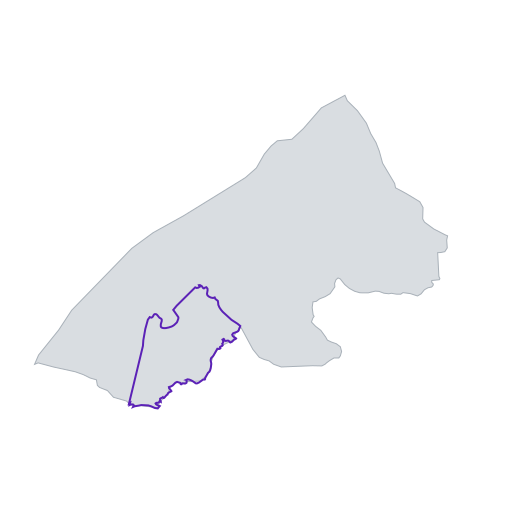 Grand Gedeh on a map of Liberia (Albers equal-area conic projection), rotated 106°
{"feature_id": "LBR-793", "entity_name": "Grand Gedeh", "entity_type": "County", "adm_level": 1, "iso_a3": "LBR", "parent_name": "Liberia", "parent_adm1": "", "projection": "albers", "projection_center": [-8.193, 5.975], "detail": "fine", "context": "in_parent", "style": "outline", "palette": "violet", "viewbox_px": 512, "rotation_deg": 106, "n_neighbors": 0, "source": "natural_earth", "source_scale": "10m", "svg_char_len": 4545}
<svg xmlns="http://www.w3.org/2000/svg" viewBox="0 0 512 512"><g transform="rotate(106 256 256)"><path d="M77.0,214.8L81.6,211.0L88.4,198.5L97.9,186.5L106.8,179.4L113.8,172.0L121.2,166.4L131.9,159.9L148.1,142.7L152.0,140.7L154.6,128.7L158.7,113.5L163.4,108.8L174.4,106.0L177.0,103.4L181.0,92.6L183.5,80.1L183.8,77.4L188.1,77.1L195.5,74.4L199.8,75.7L201.7,79.3L202.7,82.3L225.2,74.6L227.1,73.0L228.3,73.3L231.1,80.3L232.8,79.9L234.1,77.8L235.6,77.7L237.4,78.6L239.1,81.9L242.0,84.8L246.9,86.9L249.9,89.8L249.6,97.3L250.7,104.6L252.8,106.3L254.0,110.7L254.5,115.5L255.7,118.0L256.5,122.8L256.1,128.0L256.9,131.7L260.5,138.0L262.7,145.9L262.7,151.5L261.4,157.4L259.0,162.8L254.8,168.7L254.5,171.1L256.9,172.6L260.7,172.9L263.9,171.7L271.8,174.4L276.0,178.3L279.7,183.1L283.0,185.6L284.4,188.6L290.1,187.8L296.7,184.9L298.0,183.5L300.0,184.2L304.2,184.5L307.2,179.3L309.6,173.2L314.7,166.7L317.2,164.2L317.9,160.0L318.2,154.6L320.0,149.9L324.2,147.4L328.7,147.4L331.2,148.3L332.5,152.9L336.1,156.3L339.2,158.7L340.9,159.7L343.5,162.4L345.9,171.5L355.7,201.1L355.2,209.2L353.2,214.5L353.2,219.7L352.5,224.9L346.6,233.3L329.0,250.5L330.4,252.1L334.5,254.0L338.8,255.0L342.3,254.5L346.7,258.8L351.5,264.2L356.5,267.1L363.7,269.5L370.0,269.8L375.4,268.9L383.0,269.9L391.1,274.4L394.0,281.8L395.9,288.3L398.7,291.5L399.1,297.1L404.9,302.0L413.1,303.0L423.7,308.7L426.4,308.4L427.6,307.7L428.9,308.8L431.6,325.4L433.7,334.2L432.6,337.7L431.1,340.5L431.1,354.0L426.3,361.7L425.5,370.1L424.1,372.8L419.0,375.3L419.0,381.8L417.6,389.6L417.1,397.9L418.5,419.7L418.8,436.0L421.2,439.0L411.1,437.7L381.6,425.3L358.9,418.2L282.9,377.5L261.8,361.2L237.5,336.9L183.6,287.8L171.3,279.9L155.7,276.1L146.1,271.8L139.4,267.3L133.9,253.7L120.5,245.6L95.6,234.0L77.0,214.8Z" fill="#d9dde1" stroke="#a8b0b8" stroke-width="1"/><path d="M327.7,251.8L329.1,251.9L330.0,252.1L332.1,252.1L333.1,252.4L334.0,253.2L336.6,256.7L338.2,257.2L339.3,256.3L340.0,254.7L340.4,253.1L340.8,252.4L341.4,252.7L342.4,254.0L345.1,255.5L346.2,256.8L346.1,257.3L345.5,257.9L345.0,259.3L345.2,260.1L346.0,261.7L346.1,262.4L345.7,263.2L344.9,263.6L344.6,264.2L345.6,265.2L346.6,264.3L347.6,263.9L348.7,263.9L349.6,264.3L350.8,263.4L351.7,263.7L352.5,264.7L353.4,265.5L353.8,265.5L354.1,265.1L354.5,264.8L355.1,265.2L355.6,265.9L355.7,266.6L355.7,267.2L355.8,267.6L356.6,267.8L363.3,269.4L364.3,269.8L365.3,270.3L365.9,270.7L366.6,271.0L368.0,271.0L369.2,270.7L371.1,269.6L372.2,269.2L376.2,268.6L378.6,268.6L380.1,268.9L381.5,269.9L387.1,271.2L387.5,271.3L387.9,271.1L388.3,271.0L388.9,271.2L389.0,271.5L389.2,272.5L389.5,272.9L393.4,276.0L394.8,277.7L395.0,278.9L393.8,282.2L393.4,284.1L393.2,286.0L393.4,287.8L394.4,289.0L394.4,288.6L395.3,288.2L396.3,287.9L397.1,287.9L398.0,288.7L398.3,289.5L398.6,291.5L398.9,291.8L399.3,292.0L399.8,292.2L400.0,292.7L399.8,293.2L399.0,293.6L398.8,294.0L398.8,296.5L398.8,297.2L400.0,298.6L403.4,300.4L404.5,301.4L406.0,303.6L407.2,303.0L408.3,301.2L409.2,300.1L409.8,300.5L410.7,301.6L412.0,302.7L413.6,302.9L413.7,303.2L415.5,304.2L415.7,304.3L417.6,305.1L418.0,305.7L417.3,306.6L418.0,307.1L419.2,308.6L419.8,308.9L420.8,308.4L421.9,307.5L422.5,307.3L422.2,308.7L423.6,309.0L424.2,310.1L424.6,311.3L425.4,311.9L426.1,311.2L426.5,309.7L426.8,307.2L429.6,308.4L430.0,311.4L429.4,315.1L429.3,318.3L430.9,325.2L432.1,327.4L433.9,331.2L435.0,332.6L433.2,332.3L432.6,333.3L433.0,335.0L434.2,336.5L432.5,336.6L431.9,336.6L432.8,337.4L373.6,339.9L368.0,341.1L356.6,342.3L347.0,342.4L344.0,341.3L344.1,340.3L344.1,340.0L344.1,339.7L343.9,339.4L343.6,339.0L343.2,338.7L342.0,338.3L340.6,338.0L340.3,337.8L339.9,337.5L339.6,336.7L339.5,336.3L339.5,335.9L339.6,335.5L339.7,335.2L340.1,334.5L341.9,331.9L342.0,331.6L342.1,331.3L342.3,330.4L342.4,330.1L342.5,329.8L342.7,329.5L343.0,329.2L343.3,329.0L343.6,328.9L344.3,328.8L344.7,328.7L347.5,328.7L348.2,328.6L349.7,328.2L350.0,328.0L350.3,327.8L350.5,327.6L350.7,327.3L350.8,327.0L350.8,326.7L350.9,325.7L350.8,325.1L350.5,323.8L350.0,322.5L348.7,320.1L347.0,317.6L345.8,316.4L344.8,315.6L342.1,314.0L341.4,313.7L340.6,313.6L337.9,313.4L337.0,313.5L336.4,313.7L336.1,313.9L330.6,320.7L325.6,318.5L302.9,305.8L303.1,304.2L302.4,302.8L301.1,301.6L299.8,302.8L299.4,301.9L299.9,299.9L301.5,297.8L301.5,297.1L300.4,296.2L299.7,295.1L300.8,293.6L302.3,293.1L305.9,292.7L307.2,291.8L308.0,290.1L308.4,287.9L308.2,285.7L307.2,284.3L308.5,283.2L309.6,280.4L310.9,279.7L313.3,278.8L315.6,276.9L317.5,274.6L318.9,272.5L324.1,262.0L326.2,255.1L327.6,251.8L327.7,251.8Z" fill="none" stroke="#5b21b6" stroke-width="2"/></g></svg>